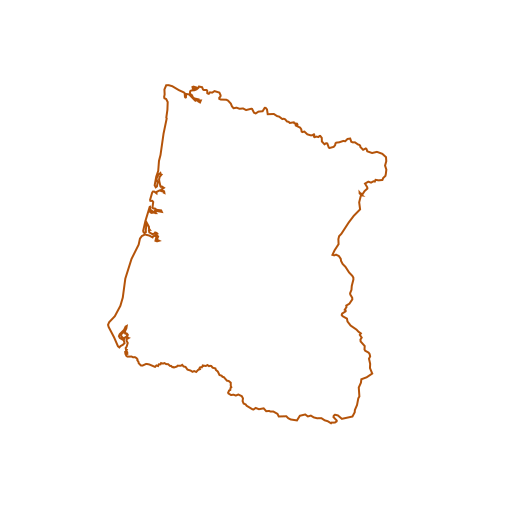 Pebane, Zambezia, Mozambique (Robinson projection), rotated 123°
{"feature_id": "85939544B33364168787730", "entity_name": "Pebane", "entity_type": "district", "adm_level": 2, "iso_a3": "MOZ", "parent_name": "Mozambique", "parent_adm1": "Zambezia", "projection": "robinson", "projection_center": [38.512, -16.709], "detail": "fine", "context": "isolated", "style": "outline", "palette": "amber", "viewbox_px": 512, "rotation_deg": 123, "n_neighbors": 0, "source": "geoboundaries", "source_scale": "gbopen_adm2", "svg_char_len": 6153}
<svg xmlns="http://www.w3.org/2000/svg" viewBox="0 0 512 512"><g transform="rotate(123 256 256)"><path d="M123.4,191.4L121.3,191.8L118.3,191.1L116.5,191.8L112.6,193.7L109.9,197.0L105.5,198.4L102.3,200.8L101.5,205.7L102.6,210.5L102.9,211.4L106.4,214.7L107.6,219.7L106.2,221.4L106.0,222.5L108.6,224.0L107.7,227.9L106.8,228.7L106.5,229.7L106.9,231.1L106.8,235.0L108.0,236.7L108.3,238.3L106.2,241.0L108.0,243.0L111.2,243.7L111.9,245.4L115.4,248.2L117.2,250.4L118.2,250.7L120.0,250.0L122.2,250.3L125.4,253.2L125.4,254.0L122.8,257.5L123.2,258.6L125.0,259.4L124.1,263.1L121.1,265.2L120.3,267.5L120.7,268.1L122.2,268.4L123.1,270.6L124.4,271.5L124.4,272.3L122.7,273.1L122.4,273.7L124.3,274.7L125.0,275.8L126.0,279.2L125.3,283.2L126.8,284.6L126.8,285.5L125.1,287.0L124.3,288.9L124.9,293.7L124.6,294.0L123.2,292.9L122.7,293.6L123.8,296.2L123.3,297.1L126.0,300.1L125.7,301.7L126.3,303.3L125.5,306.0L125.8,307.5L126.8,308.5L126.5,312.5L127.2,314.5L127.2,318.4L130.7,323.4L127.1,326.6L126.5,328.6L127.0,329.4L131.0,329.3L133.6,332.6L136.6,333.9L136.9,335.7L134.8,339.4L135.0,340.1L139.0,343.8L139.3,347.2L141.5,350.0L142.2,353.1L144.3,355.3L143.6,357.7L141.9,360.1L140.9,364.1L141.1,366.0L144.0,370.8L144.2,372.4L143.3,373.0L141.6,372.7L140.5,373.2L138.9,375.7L140.3,380.6L142.8,381.7L143.9,383.8L145.7,383.9L145.9,384.3L146.0,385.5L144.1,386.8L143.7,387.8L145.2,390.2L145.2,391.2L143.8,393.1L144.9,396.1L146.3,395.9L148.6,396.6L150.5,397.9L152.4,400.4L153.4,400.9L154.6,400.6L155.9,399.5L156.1,397.0L157.0,396.2L157.5,393.7L155.9,389.4L156.8,388.8L155.6,387.0L157.7,386.6L157.8,388.6L157.3,390.6L157.5,391.2L158.7,391.2L158.8,391.6L156.9,400.1L158.2,402.9L161.1,401.2L161.5,401.5L161.3,402.2L158.3,404.5L158.1,405.6L158.9,411.0L159.2,418.7L160.3,422.3L161.7,424.3L166.2,423.5L170.3,420.6L172.6,419.7L173.6,418.7L173.3,416.8L175.0,413.9L181.7,409.9L188.8,406.6L189.3,405.8L203.7,400.2L223.3,391.1L229.0,389.2L238.0,384.3L243.7,382.9L251.9,379.5L253.0,377.5L251.6,377.0L247.9,378.5L245.9,381.1L244.8,381.7L241.2,382.2L238.5,381.4L239.5,380.3L239.3,379.6L242.1,379.9L244.6,379.0L246.1,377.7L249.7,374.0L249.8,373.2L249.0,372.8L249.0,370.4L251.6,371.5L252.1,370.3L251.8,368.3L253.0,367.2L253.1,368.0L252.1,368.4L252.0,369.0L253.1,370.5L253.4,372.5L256.4,374.3L257.6,373.6L257.4,376.4L258.0,377.5L259.4,377.6L266.6,375.4L267.3,374.6L266.2,373.0L266.7,371.6L272.0,369.1L272.0,367.9L271.2,366.6L271.4,364.5L269.4,360.4L270.3,359.0L273.0,365.4L273.7,365.3L274.5,363.2L274.9,363.8L274.8,368.8L276.1,368.5L276.2,366.5L276.8,367.2L276.8,368.6L276.2,369.7L272.9,371.2L272.4,371.7L272.7,371.9L286.6,367.9L296.2,364.4L297.1,363.6L297.5,362.3L295.9,361.4L294.1,362.7L287.7,365.6L289.9,361.6L291.3,360.7L291.8,359.5L292.0,360.0L292.7,359.9L294.3,358.3L294.1,355.0L292.9,353.5L291.2,353.4L290.8,352.0L291.0,351.2L292.1,352.3L293.0,348.7L296.3,348.1L296.0,345.6L297.6,347.0L298.0,348.6L294.7,349.7L294.1,350.4L293.9,351.5L295.3,353.0L296.7,352.9L297.0,356.6L298.4,360.8L301.4,362.6L304.6,362.8L310.4,360.6L326.3,358.8L346.1,353.3L363.4,345.1L371.7,342.6L383.4,341.6L391.5,343.1L394.3,342.6L395.8,340.9L401.6,330.6L406.9,322.6L407.1,320.8L405.4,320.6L403.0,319.3L400.7,318.8L398.7,321.0L398.9,325.5L397.9,327.3L395.8,327.7L389.8,326.4L386.2,326.9L385.1,326.3L387.4,325.3L390.6,324.9L391.9,323.2L391.4,322.0L391.9,320.6L394.6,319.9L394.2,318.2L396.2,319.2L397.6,318.4L398.8,316.2L402.6,315.1L404.1,315.2L405.6,313.8L405.3,313.3L406.1,313.2L406.9,311.5L408.1,310.7L408.3,311.4L407.2,313.2L407.7,313.5L409.2,312.2L410.4,310.2L410.4,309.0L408.1,305.6L407.9,303.9L406.8,302.5L406.7,300.7L407.2,299.1L408.1,298.7L408.8,296.9L409.8,296.0L410.5,292.9L409.7,291.5L406.4,289.4L405.9,288.5L405.1,286.5L404.0,280.3L402.0,279.9L401.6,278.2L399.8,278.5L398.9,277.1L397.5,277.3L396.9,275.4L395.7,274.5L395.6,272.4L394.6,270.8L395.0,268.2L394.4,267.3L394.8,265.6L394.1,264.7L394.2,264.1L391.9,262.2L390.7,262.0L388.9,259.2L387.5,258.6L388.1,256.6L387.4,254.7L388.6,251.6L387.7,248.4L387.7,246.2L386.2,245.2L385.8,243.0L383.0,242.5L381.5,241.4L381.0,242.3L379.7,242.2L378.9,240.8L378.0,241.0L377.2,240.4L376.7,240.8L375.6,238.2L373.9,237.3L374.0,235.4L373.1,234.7L372.6,233.5L373.3,231.6L372.4,228.8L373.4,227.6L373.7,225.1L375.7,221.8L375.1,219.6L375.6,218.3L375.1,217.1L376.4,212.4L375.7,210.9L376.0,208.2L378.7,206.4L379.5,205.2L380.6,205.5L382.4,204.6L383.4,205.3L385.9,204.9L386.3,204.2L386.2,201.2L384.6,199.4L384.0,196.9L381.8,195.4L381.3,191.6L382.5,189.4L385.0,188.2L386.5,186.0L386.1,183.9L386.7,182.3L386.5,175.5L386.1,174.5L383.6,173.5L382.9,170.1L379.6,166.6L380.6,162.9L378.8,160.6L378.6,159.2L377.0,156.7L376.7,152.0L378.2,149.5L373.9,143.3L374.5,140.6L374.2,137.9L371.6,132.1L366.1,132.2L362.1,128.4L362.3,125.1L360.0,123.1L359.9,119.6L358.8,116.4L356.4,112.8L356.4,108.9L355.5,105.9L355.4,102.0L354.6,101.9L352.7,99.1L350.8,98.3L350.0,98.7L348.9,103.3L347.6,103.8L346.1,103.3L345.1,100.5L345.8,95.3L338.1,87.7L333.3,88.1L331.3,89.2L326.0,90.1L319.6,92.7L317.5,92.8L310.3,98.2L305.1,99.0L302.0,100.5L297.4,97.1L291.3,94.5L287.9,99.4L284.3,101.5L280.6,105.3L278.0,105.6L276.3,107.4L275.7,109.0L276.0,112.8L275.3,114.1L272.3,115.8L270.7,121.7L269.2,122.9L266.9,122.9L265.6,126.0L263.8,125.9L263.7,128.8L263.0,131.6L262.8,138.8L261.1,143.6L259.0,145.6L259.3,150.6L258.8,152.0L257.4,152.4L253.6,150.7L252.8,151.2L252.8,152.3L249.5,152.3L248.4,153.3L245.2,151.7L239.9,151.6L238.6,152.6L237.0,155.9L236.0,156.8L232.4,157.5L228.9,159.4L222.7,161.5L221.1,162.6L220.2,164.4L219.1,169.0L216.4,175.0L215.5,179.0L213.8,182.0L212.2,183.4L210.9,186.5L211.3,189.6L212.9,190.8L213.4,192.5L208.4,193.2L201.1,193.2L197.0,196.1L194.1,197.1L190.9,196.5L177.4,196.5L169.1,195.9L160.2,194.1L154.8,198.7L148.7,200.8L147.8,200.8L147.4,200.0L147.1,203.1L146.3,203.7L146.7,202.4L145.9,200.3L142.4,200.3L138.8,199.3L137.8,200.1L135.9,204.0L132.5,202.3L131.8,199.5L129.3,198.1L128.9,196.9L127.0,197.2L125.8,194.4L123.4,191.4ZM396.2,321.7L394.1,320.7L392.1,321.0L391.8,322.1L392.3,323.4L391.3,325.2L394.4,326.3L395.8,326.3L396.8,324.8L397.1,323.0L397.0,321.5L396.2,321.7ZM148.9,401.3L149.9,400.2L149.6,398.8L148.9,397.6L146.8,396.6L148.0,400.7L148.9,401.3Z" fill="none" stroke="#b45309" stroke-width="2"/></g></svg>